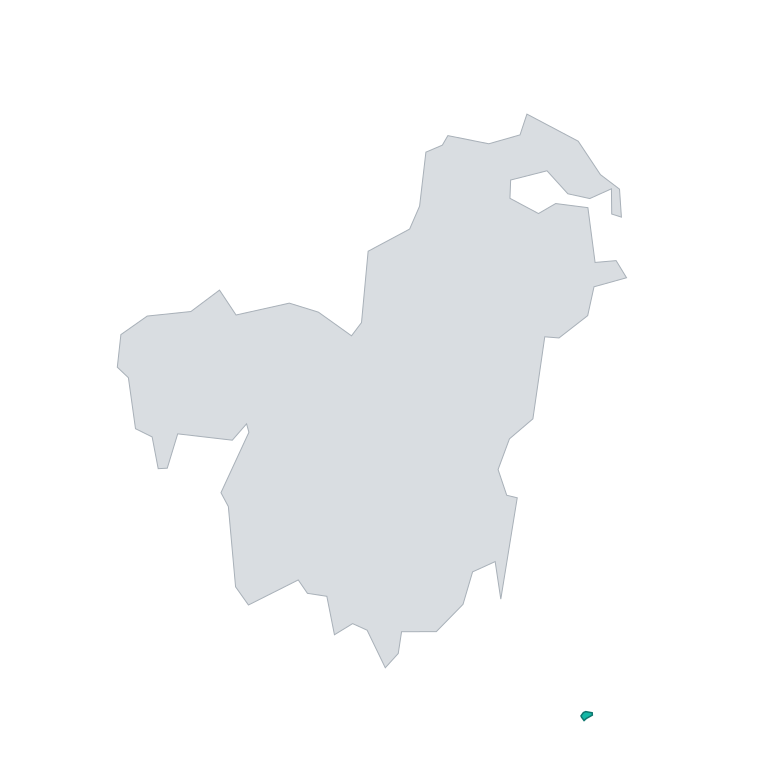 map of Barbados with Venezuela greyed out, rotated 101°
{"feature_id": "BRB", "entity_name": "Barbados", "entity_type": "country or territory", "adm_level": 0, "iso_a3": "BRB", "parent_name": "North America", "parent_adm1": "", "projection": "mercator", "projection_center": [-59.546, 13.19], "detail": "fine", "context": "with_neighbors", "style": "filled", "palette": "teal", "viewbox_px": 768, "rotation_deg": 101, "n_neighbors": 1, "source": "natural_earth", "source_scale": "50m", "svg_char_len": 1216}
<svg xmlns="http://www.w3.org/2000/svg" viewBox="0 0 768 768"><g transform="rotate(101 384 384)"><path d="M592.7,430.8L626.8,474.9L611.4,491.0L534.0,513.4L521.8,523.3L457.2,507.4L449.3,511.3L468.1,522.2L472.3,577.0L508.0,580.7L510.2,589.5L480.2,601.5L475.3,619.4L426.6,636.1L418.4,649.0L385.7,651.7L362.5,629.4L349.7,587.4L323.2,563.4L344.5,542.4L322.7,492.4L326.0,462.1L342.9,425.1L328.0,417.8L256.7,424.9L227.0,388.4L202.6,383.0L148.4,387.1L138.4,372.3L128.0,368.7L128.2,327.0L113.5,298.0L91.8,295.2L108.6,239.7L137.2,211.5L147.8,190.0L174.9,182.8L173.7,192.9L149.0,198.0L162.7,217.4L162.2,239.8L143.6,264.7L159.6,298.6L177.7,295.8L187.2,264.9L174.1,249.9L172.0,217.5L224.4,200.0L218.6,179.7L233.4,166.2L248.5,196.4L278.0,197.1L305.4,221.0L307.0,235.2L389.8,231.2L413.9,250.4L446.2,255.7L469.8,242.3L470.3,231.5L572.9,228.3L537.1,241.0L551.5,261.2L585.2,264.4L617.1,285.4L623.8,319.5L645.8,318.6L662.3,328.6L628.9,353.6L625.2,369.1L639.6,384.8L603.3,399.6L604.1,419.2L592.7,430.8Z" fill="#d9dde1" stroke="#a8b0b8" stroke-width="1"/><path d="M673.4,126.5L672.2,127.3L668.5,125.6L667.1,123.5L667.0,116.9L669.3,116.3L673.7,121.5L676.2,123.4L673.4,126.5Z" fill="#14b8a6" stroke="#0f766e" stroke-width="1.5"/></g></svg>